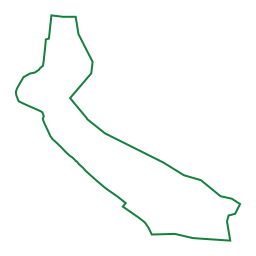 outline of Conway, Castries, Saint Lucia
{"feature_id": "8701671B31601381418998", "entity_name": "Conway", "entity_type": "district", "adm_level": 2, "iso_a3": "LCA", "parent_name": "Saint Lucia", "parent_adm1": "Castries", "projection": "mercator", "projection_center": [-60.991, 14.014], "detail": "fine", "context": "isolated", "style": "outline", "palette": "green", "viewbox_px": 256, "rotation_deg": 0, "n_neighbors": 0, "source": "geoboundaries", "source_scale": "gbopen_adm2", "svg_char_len": 1063}
<svg xmlns="http://www.w3.org/2000/svg" viewBox="0 0 256 256"><path d="M86.8,118.2L75.1,104.2L70.1,98.1L74.1,93.4L91.2,73.4L91.7,69.7L92.6,61.8L78.5,34.2L75.7,16.8L64.0,16.8L63.0,16.8L51.4,15.4L50.3,25.7L48.9,38.6L47.0,39.1L45.8,39.5L45.7,41.6L45.2,46.9L45.1,47.9L43.6,61.5L43.3,63.4L43.0,65.7L40.1,68.1L38.9,69.8L34.7,72.6L30.0,73.5L23.5,77.2L18.8,85.2L17.1,88.3L16.0,91.3L15.9,92.5L16.0,93.3L16.4,95.5L17.4,98.0L17.6,98.8L18.7,101.2L20.1,102.0L26.1,104.8L40.6,111.2L42.4,112.4L43.8,116.2L42.8,118.5L43.7,121.8L47.9,130.7L50.2,135.8L52.5,139.1L56.7,142.9L61.7,147.7L65.0,151.3L69.6,155.6L72.4,157.5L76.1,161.2L77.1,161.7L77.8,162.8L78.8,164.0L79.9,165.0L80.8,165.9L82.1,167.0L82.8,167.6L85.9,171.1L97.0,181.0L105.3,188.0L108.6,190.4L117.8,196.8L125.7,203.1L122.8,206.6L138.7,217.6L144.7,222.3L148.4,227.5L151.8,234.5L174.9,233.9L192.8,238.1L226.7,240.4L230.2,240.6L227.0,221.3L228.6,215.5L235.1,213.8L240.1,204.1L231.8,198.7L220.5,196.2L200.9,180.2L183.8,175.2L163.5,162.6L104.9,133.3L87.0,119.0L86.8,118.2Z" fill="none" stroke="#15803d" stroke-width="2"/></svg>